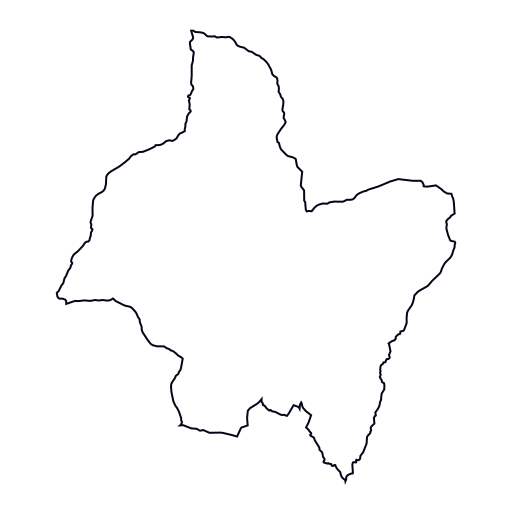 outline of San Pedro De Cartago, Nariño, Colombia
{"feature_id": "7082276B73573713575428", "entity_name": "San Pedro De Cartago", "entity_type": "district", "adm_level": 2, "iso_a3": "COL", "parent_name": "Colombia", "parent_adm1": "Nariño", "projection": "mercator", "projection_center": [-77.1, 1.539], "detail": "fine", "context": "isolated", "style": "outline", "palette": "ink", "viewbox_px": 512, "rotation_deg": 0, "n_neighbors": 0, "source": "geoboundaries", "source_scale": "gbopen_adm2", "svg_char_len": 5993}
<svg xmlns="http://www.w3.org/2000/svg" viewBox="0 0 512 512"><path d="M345.4,481.3L346.2,479.4L346.1,477.4L347.1,475.7L348.9,474.5L351.0,473.6L352.6,473.5L352.9,472.8L352.4,465.7L352.4,464.2L353.0,462.4L353.8,462.1L355.8,462.5L356.2,462.3L356.1,460.2L356.3,459.8L357.9,460.2L358.6,460.1L359.5,459.6L360.1,458.6L360.5,455.7L363.2,452.2L366.6,443.5L367.0,437.3L367.8,435.7L370.2,433.2L370.4,431.5L371.1,430.6L370.7,427.8L371.5,426.3L374.4,423.6L373.9,418.0L374.6,416.4L375.8,415.5L375.3,412.8L375.5,412.3L378.1,408.5L379.3,406.1L380.2,401.7L381.1,399.8L381.1,397.9L381.7,393.5L384.2,389.5L384.3,388.6L384.4,385.1L384.0,383.1L382.3,382.3L381.9,381.8L381.8,380.5L379.8,377.1L380.7,374.7L380.0,372.5L380.6,371.2L380.2,369.9L380.5,366.4L381.0,365.3L383.2,363.5L383.5,362.4L384.9,362.3L385.5,362.0L385.8,360.8L386.8,359.1L388.3,359.0L389.4,358.2L389.7,357.2L389.0,354.9L390.5,351.4L389.1,344.3L388.6,343.4L391.8,341.2L394.5,340.3L394.7,339.8L395.7,338.9L395.7,337.1L396.0,336.5L398.6,334.1L399.8,334.1L400.2,333.5L400.4,331.5L403.4,330.8L404.1,329.9L406.7,322.9L406.6,317.9L407.1,312.6L408.1,310.5L411.8,305.1L412.7,303.0L413.7,299.5L414.4,295.4L417.1,292.5L419.2,290.8L427.3,286.2L428.4,285.3L432.1,280.9L440.0,273.3L440.8,272.0L441.9,268.6L444.5,263.6L445.6,262.2L450.3,257.7L452.1,254.6L453.4,250.1L454.5,247.6L454.7,244.7L455.2,243.5L455.1,242.3L454.6,241.6L451.2,241.0L450.1,240.1L449.4,238.3L448.1,235.1L446.5,229.1L446.4,227.1L446.9,224.2L446.3,222.5L446.2,221.3L447.5,219.5L450.0,217.4L451.2,215.7L454.6,213.6L453.8,201.9L453.1,198.3L452.4,197.0L451.4,193.8L447.2,193.5L443.8,191.5L441.3,189.1L436.0,185.4L427.8,186.6L424.3,186.5L423.6,186.2L423.7,184.9L422.3,182.0L420.6,180.8L412.9,180.8L398.2,179.1L389.9,181.6L378.3,186.5L368.4,189.6L366.2,190.8L363.1,191.6L359.4,193.2L356.7,195.0L354.4,198.1L352.6,199.4L350.5,199.8L346.8,199.8L343.5,201.5L342.5,201.7L333.9,201.6L329.4,202.4L327.4,203.7L322.7,203.5L319.2,204.5L316.5,205.8L314.2,208.0L311.7,211.2L308.5,211.0L306.8,211.4L305.8,209.8L305.2,202.3L304.2,200.6L304.1,190.6L303.7,189.9L301.3,186.8L300.8,185.2L302.2,171.7L297.4,166.9L296.7,164.7L295.8,159.3L295.4,158.7L292.8,157.3L287.8,156.0L286.1,154.6L280.9,149.2L279.7,146.2L279.0,143.0L278.4,142.4L277.6,142.2L277.1,140.1L276.6,137.1L277.3,134.6L280.9,129.1L284.4,124.6L285.6,122.2L285.6,121.6L283.6,117.8L283.7,116.4L284.2,114.7L284.1,112.7L282.7,111.1L282.4,109.7L283.3,104.1L283.4,100.8L282.7,98.9L280.9,96.8L280.3,94.5L278.6,91.7L278.9,88.8L278.7,86.4L277.3,83.8L277.5,80.9L277.1,78.2L276.5,77.5L273.9,75.9L272.4,74.4L271.1,69.7L268.1,64.2L266.1,61.6L263.5,59.2L262.6,58.5L261.7,58.2L259.8,56.2L258.9,55.6L256.4,55.0L251.7,51.8L248.7,51.2L244.1,47.7L240.0,46.7L237.6,45.7L236.3,44.2L235.4,42.2L233.1,39.3L229.9,37.1L228.4,36.8L226.5,37.3L221.7,37.0L216.9,37.5L214.5,36.2L213.4,36.5L208.1,36.4L207.0,36.0L204.4,33.6L202.8,32.8L200.0,32.3L195.3,32.0L193.5,30.7L191.2,30.7L193.0,37.0L193.1,38.3L192.4,39.6L190.1,41.8L189.9,43.5L190.8,49.5L193.0,51.0L193.8,52.5L193.0,58.0L193.0,60.5L191.7,65.4L191.7,76.1L191.1,82.5L191.3,84.4L193.0,86.4L193.3,88.2L193.2,89.2L191.9,91.3L190.6,94.4L190.0,95.1L188.5,95.5L188.1,96.1L188.1,97.0L189.9,98.1L189.7,99.0L188.9,100.4L189.7,104.4L189.3,109.3L190.4,110.1L190.7,111.5L188.9,113.3L187.1,116.4L186.5,121.5L185.4,123.8L185.4,126.6L184.8,128.7L184.8,131.1L182.1,132.6L180.4,133.2L178.6,134.8L176.5,138.4L173.9,140.3L172.3,140.9L169.4,140.3L166.3,141.0L163.3,143.5L160.9,144.7L159.1,145.1L156.0,145.1L155.4,145.4L154.9,146.5L149.7,149.1L143.0,151.8L138.8,152.1L135.5,154.3L133.7,154.3L133.0,154.6L130.7,156.4L129.2,158.6L125.6,161.7L119.6,166.3L111.0,171.4L108.4,173.4L107.4,174.6L106.3,176.6L105.9,184.5L104.8,188.8L103.4,190.9L101.9,192.0L97.8,194.2L95.6,196.1L93.9,198.7L93.1,200.8L92.5,207.9L92.6,215.8L90.7,221.3L90.6,222.8L91.3,224.4L91.0,227.9L91.3,228.4L92.3,229.0L92.5,229.7L91.0,232.6L90.7,235.8L89.9,238.0L89.5,240.1L88.4,241.5L86.7,241.7L85.2,242.5L82.6,246.3L77.6,251.5L74.0,254.3L73.0,255.8L71.8,258.2L71.1,260.9L71.3,261.8L72.3,263.0L72.2,263.5L70.8,265.6L70.6,267.1L70.2,268.0L68.3,270.5L65.9,276.3L64.5,278.3L63.2,283.4L61.6,285.2L58.6,291.2L56.8,292.8L57.4,296.6L58.7,298.3L59.9,298.7L62.8,298.7L65.1,299.6L66.2,301.1L66.2,303.9L75.3,300.8L76.2,301.1L79.3,301.0L84.5,300.4L90.2,300.9L95.3,300.0L98.4,300.5L102.9,300.0L106.3,300.5L108.6,300.5L110.8,299.9L113.0,298.5L115.8,301.1L123.5,305.0L125.6,305.8L129.5,306.6L130.8,307.2L132.0,308.0L135.2,311.5L136.5,313.5L137.9,316.9L139.6,319.4L139.9,322.3L141.4,326.1L141.7,327.5L141.7,329.6L142.6,332.3L147.2,339.3L150.5,343.7L152.7,345.2L157.0,346.3L164.1,346.4L166.3,348.0L169.3,349.2L170.6,350.3L173.1,351.1L176.8,354.1L177.8,355.3L181.7,357.6L182.7,358.7L181.1,367.5L180.4,370.0L179.0,371.8L178.4,373.8L175.8,375.9L174.9,378.1L172.0,382.5L171.3,383.9L171.0,385.9L171.4,391.9L173.4,401.4L175.3,405.6L176.9,407.7L178.9,411.5L181.1,418.0L181.2,420.3L181.9,421.7L181.8,422.8L180.9,424.7L180.1,425.4L183.2,425.2L191.3,428.4L196.7,428.8L199.8,430.6L201.5,430.5L203.1,430.0L209.5,432.8L220.1,432.6L222.4,432.8L231.3,434.9L237.1,436.5L240.9,428.2L241.6,427.5L247.7,425.4L247.1,418.2L247.8,410.8L250.0,408.2L257.2,403.7L259.1,402.1L261.6,399.1L261.5,401.6L262.8,403.4L262.9,405.0L264.7,405.7L266.2,407.9L269.0,410.4L269.5,410.6L270.1,410.0L270.6,410.0L272.1,411.3L275.3,411.9L280.7,414.7L282.2,415.0L284.0,414.8L286.9,415.9L288.6,413.7L293.6,405.2L297.8,406.7L299.0,407.5L299.6,408.7L299.9,404.9L301.2,402.4L301.6,403.0L302.3,406.4L303.4,408.4L306.0,411.2L311.1,415.2L308.6,422.4L306.1,427.5L308.4,429.6L309.3,431.1L311.1,433.0L311.2,433.8L310.3,434.7L310.4,435.6L313.9,437.6L314.8,440.3L318.6,446.3L319.5,448.2L319.4,449.3L319.7,450.0L322.0,452.2L322.4,453.2L323.0,456.7L324.6,459.1L324.5,460.1L323.6,461.1L323.7,462.4L327.3,463.6L328.2,463.1L329.2,463.8L331.0,464.0L331.4,464.4L331.6,465.5L332.6,466.0L333.7,465.7L334.3,465.0L335.3,465.1L336.1,467.2L337.5,469.3L340.4,472.3L340.5,473.9L341.7,476.9L342.6,478.0L345.2,480.1L345.4,481.3Z" fill="none" stroke="#020617" stroke-width="2"/></svg>